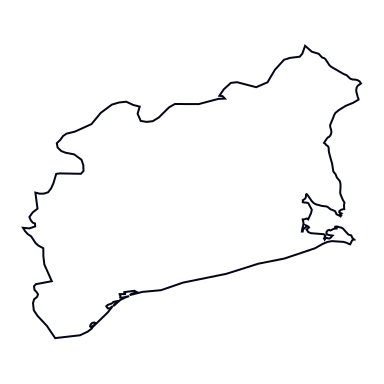 SVG path tracing the border of West Pomeranian, rotated 180°
{"feature_id": "POL-3142", "entity_name": "West Pomeranian", "entity_type": "Voivodeship", "adm_level": 1, "iso_a3": "POL", "parent_name": "Poland", "parent_adm1": "", "projection": "natural_earth1", "projection_center": [15.248, 53.587], "detail": "fine", "context": "isolated", "style": "outline", "palette": "ink", "viewbox_px": 384, "rotation_deg": 180, "n_neighbors": 0, "source": "natural_earth", "source_scale": "10m", "svg_char_len": 3546}
<svg xmlns="http://www.w3.org/2000/svg" viewBox="0 0 384 384"><g transform="rotate(180 192 192)"><path d="M78.9,338.2L72.2,332.3L65.3,330.2L62.0,326.6L59.8,325.8L58.6,324.9L54.6,318.8L52.8,317.2L40.6,310.1L37.4,308.8L33.7,305.3L31.3,304.5L28.8,304.4L26.4,303.8L24.4,302.6L23.0,300.5L26.1,298.4L27.3,296.6L27.8,293.8L27.6,292.0L26.2,286.7L25.5,285.2L25.5,284.3L31.1,281.1L38.2,278.2L45.0,274.0L48.5,271.2L50.1,268.5L50.4,267.2L53.9,258.9L53.7,256.7L53.0,254.6L52.6,252.2L52.9,250.2L53.8,248.4L54.9,247.1L56.1,246.6L57.0,245.6L60.0,241.1L58.5,240.0L58.1,239.2L56.3,238.0L55.6,237.1L55.3,235.6L55.2,232.9L55.0,231.7L54.3,228.9L51.9,220.3L50.7,212.6L48.3,209.5L47.1,206.4L44.3,203.1L43.5,200.1L43.5,196.8L43.8,191.4L43.6,189.9L41.2,184.2L39.5,181.3L40.0,179.0L39.8,174.9L41.0,174.8L43.0,174.1L44.6,173.0L44.7,171.8L42.7,170.7L43.8,170.2L44.2,169.7L43.8,169.2L42.7,168.7L43.4,167.6L44.5,168.4L46.1,169.0L47.5,169.8L48.8,172.7L50.5,173.6L53.6,174.8L55.9,176.7L57.2,177.5L62.2,178.1L68.4,179.8L70.5,181.1L72.3,183.0L76.1,188.5L77.4,189.9L78.0,189.4L78.1,187.1L78.6,185.7L79.6,184.8L81.2,183.8L81.1,183.3L81.1,182.7L81.2,181.8L80.0,181.5L77.0,181.3L75.7,180.8L72.2,174.3L72.9,171.0L75.8,164.6L77.1,165.5L78.2,165.2L79.5,164.7L81.3,164.6L80.5,160.9L80.9,157.9L81.7,155.3L82.1,152.5L81.3,152.5L81.0,154.3L80.1,155.4L77.4,157.5L78.1,158.6L77.1,158.2L76.3,157.8L75.6,157.3L75.0,156.5L75.6,156.1L76.6,155.1L77.4,154.5L75.8,152.0L73.1,150.8L60.3,149.8L58.6,148.3L60.0,145.5L59.6,145.2L59.3,144.4L58.2,145.9L57.3,146.1L56.3,145.7L54.9,145.5L53.9,145.8L53.1,146.5L52.4,147.4L51.4,148.4L54.8,148.9L56.7,149.5L57.6,150.5L57.4,152.3L56.2,153.6L54.7,154.1L53.7,153.5L50.6,155.0L49.0,155.4L47.3,155.5L47.3,156.5L48.9,157.0L48.8,157.3L47.3,157.5L46.3,157.4L44.4,156.7L43.1,156.5L41.2,155.6L35.7,149.5L33.0,148.6L32.7,148.6L31.8,146.3L29.8,144.4L30.9,144.2L31.9,143.7L33.8,139.7L35.7,140.3L37.0,141.1L40.5,142.1L51.9,142.9L56.4,142.1L60.9,140.3L69.1,135.7L99.5,125.5L125.7,120.3L157.6,110.2L178.3,106.0L200.9,101.4L223.1,93.8L241.6,92.1L254.2,88.9L252.8,90.0L247.1,91.9L249.6,93.2L259.7,91.9L259.7,91.0L258.9,91.0L258.9,89.9L264.4,89.9L264.3,89.2L264.2,89.1L263.6,88.9L263.8,86.5L261.2,86.4L254.9,87.9L258.9,86.4L263.6,84.1L270.7,77.8L269.2,80.0L266.7,82.0L265.7,83.1L266.7,82.9L268.8,82.5L270.6,82.0L272.2,80.5L276.2,79.1L277.7,77.8L276.3,75.7L274.0,75.7L273.0,76.6L271.4,77.8L276.2,71.6L289.4,58.8L289.4,59.7L288.8,61.1L289.9,61.5L291.8,61.0L293.2,59.7L293.9,57.7L293.3,57.1L291.8,57.6L290.1,58.8L292.4,55.3L296.4,52.3L304.1,48.7L328.0,46.0L328.8,45.8L329.0,46.1L337.1,58.1L346.6,68.3L350.2,73.7L351.0,80.8L349.9,84.7L346.9,87.1L346.0,89.7L347.3,91.8L349.5,94.1L350.0,97.7L348.2,99.8L332.2,102.8L339.7,119.6L340.6,127.7L340.7,135.8L345.6,138.4L348.4,140.9L352.8,147.6L356.1,149.8L358.8,152.7L361.0,156.2L354.6,155.6L348.8,157.6L349.0,160.5L351.3,161.4L353.3,163.9L354.6,167.0L351.3,171.6L346.5,175.3L348.6,191.4L344.3,190.3L339.9,190.4L335.8,191.8L332.8,195.8L330.6,200.7L327.8,210.1L324.3,210.6L303.1,210.2L300.5,213.0L300.7,218.9L302.5,224.2L309.8,229.6L318.5,231.3L322.8,233.0L326.4,236.5L327.2,240.8L323.6,244.2L321.0,247.9L317.6,250.3L309.1,252.4L292.5,259.9L283.2,271.2L272.1,279.4L265.0,281.5L257.8,282.3L250.7,279.0L244.3,277.4L246.4,270.3L243.3,263.1L237.5,262.1L231.3,262.8L225.2,266.5L214.9,276.7L209.1,280.0L185.3,279.9L165.7,285.1L159.1,285.4L161.4,287.8L164.6,288.2L160.2,294.7L153.1,301.1L147.0,301.8L127.8,296.8L116.5,301.7L109.1,314.2L100.0,324.2L94.1,326.1L84.3,327.3L81.7,330.3L78.9,338.2Z" fill="none" stroke="#020617" stroke-width="2"/></g></svg>